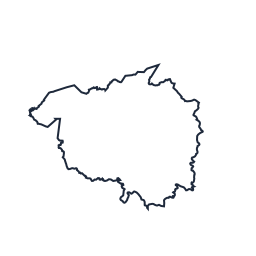 Santiago Jocotepec, Oaxaca, Mexico, rotated 127°
{"feature_id": "50627088B21737017229754", "entity_name": "Santiago Jocotepec", "entity_type": "district", "adm_level": 2, "iso_a3": "MEX", "parent_name": "Mexico", "parent_adm1": "Oaxaca", "projection": "albers", "projection_center": [-95.984, 17.649], "detail": "fine", "context": "isolated", "style": "outline", "palette": "slate", "viewbox_px": 256, "rotation_deg": 127, "n_neighbors": 0, "source": "geoboundaries", "source_scale": "gbopen_adm2", "svg_char_len": 5781}
<svg xmlns="http://www.w3.org/2000/svg" viewBox="0 0 256 256"><g transform="rotate(127 128 128)"><path d="M64.5,117.5L65.4,119.0L65.7,120.3L65.3,121.3L63.7,123.9L64.3,124.6L64.9,124.5L65.1,124.7L65.4,125.2L66.2,125.2L66.8,126.4L66.7,126.8L66.9,127.0L68.2,126.8L70.3,127.5L71.2,128.8L72.8,129.8L73.2,129.8L74.1,129.2L74.7,129.2L75.1,129.7L76.1,130.1L76.5,130.8L77.3,131.4L78.2,133.2L78.3,133.9L78.1,135.7L79.0,135.8L79.4,136.1L80.2,137.3L80.2,137.6L79.9,138.3L79.5,138.6L78.8,138.7L77.8,139.1L77.3,139.7L76.6,140.3L75.5,140.2L75.2,140.4L74.0,140.8L73.4,140.3L59.3,141.6L69.0,148.4L71.0,148.8L73.8,148.9L76.6,152.9L77.3,154.0L80.9,154.2L81.6,155.3L82.2,155.9L83.3,156.5L87.9,161.5L95.1,161.0L95.7,161.2L96.4,162.5L96.4,163.5L96.8,164.2L96.6,164.9L97.0,167.5L97.5,167.8L97.5,168.0L98.2,168.6L100.0,168.8L100.4,169.1L101.6,168.7L102.2,169.6L102.7,169.3L103.9,169.4L104.2,169.1L104.9,169.2L105.1,169.4L105.4,169.5L105.8,169.3L106.3,169.6L107.7,168.5L108.1,168.4L111.5,168.7L111.3,168.9L111.2,170.4L112.2,171.6L112.8,171.8L113.1,172.2L113.2,173.1L113.4,173.3L113.4,174.1L113.7,173.9L113.9,174.3L114.8,174.8L115.9,175.8L115.3,176.4L114.3,176.7L113.9,177.4L114.3,177.8L115.4,178.0L116.0,178.4L116.3,178.8L116.1,179.7L116.2,179.9L117.3,180.0L117.7,180.6L118.2,180.6L119.2,181.3L120.1,181.5L120.7,182.2L120.9,182.3L121.2,181.8L122.0,181.4L123.7,181.0L124.6,181.6L125.7,181.8L127.5,186.7L126.2,196.6L132.4,201.5L142.9,208.9L143.9,209.4L145.8,211.3L147.4,212.3L155.1,212.2L156.2,212.1L156.3,211.6L157.2,211.6L158.5,212.1L159.5,212.2L160.6,211.7L164.1,212.6L164.4,212.1L164.6,212.0L167.0,212.7L167.8,212.5L168.4,213.6L168.3,214.1L169.9,214.4L169.4,214.9L170.0,214.9L170.1,215.2L169.5,215.6L169.6,216.3L169.9,216.5L170.5,215.5L171.4,215.0L172.4,215.3L171.9,217.2L173.2,217.3L173.8,216.3L174.8,215.4L175.0,214.7L176.0,214.4L175.8,213.5L176.3,212.9L177.1,213.6L177.1,212.6L176.4,211.0L177.0,209.4L177.8,208.0L177.4,206.4L177.6,205.5L177.6,204.4L178.9,202.7L178.4,202.3L178.4,201.8L177.3,199.5L176.2,194.6L175.5,192.8L164.5,190.5L164.3,191.5L161.5,187.8L178.5,178.1L179.2,175.8L179.1,175.0L177.5,172.6L178.3,171.7L179.1,171.4L180.1,172.6L180.5,172.5L181.7,171.6L182.2,171.6L182.9,172.8L183.6,173.0L184.1,172.4L185.3,171.7L185.6,171.2L184.7,169.8L185.1,167.7L185.7,167.0L186.0,166.9L186.1,166.5L185.5,165.6L185.7,164.8L186.7,164.0L188.8,162.8L189.3,162.5L190.6,162.5L191.2,159.6L192.7,157.7L192.9,157.2L193.4,156.7L193.8,155.9L195.3,154.1L196.6,151.9L196.5,151.3L196.7,150.8L195.7,149.7L193.9,148.6L193.4,148.0L192.8,146.4L192.3,145.8L191.6,145.5L191.2,144.9L191.3,144.4L191.6,143.8L192.3,143.4L192.4,141.3L192.8,140.3L193.2,139.9L193.0,139.6L192.4,139.2L192.7,138.2L191.8,137.5L192.3,133.4L191.8,133.1L192.1,132.0L193.0,131.7L192.5,130.0L191.2,128.2L191.0,127.4L192.0,125.1L191.4,124.2L190.2,123.8L189.3,123.7L188.5,122.4L186.0,121.8L185.4,120.7L185.5,120.3L186.0,120.3L186.3,119.7L186.1,119.1L185.8,118.8L185.5,118.8L184.9,118.2L184.0,118.1L184.3,117.6L184.2,117.5L184.5,117.4L184.3,116.6L184.7,116.5L184.7,116.0L184.5,115.1L184.1,114.4L182.6,113.2L180.4,112.4L179.4,110.7L179.2,107.9L176.9,105.8L175.9,105.5L174.6,106.2L173.9,105.7L174.0,104.0L174.3,102.9L175.3,103.8L175.4,104.4L176.1,104.5L177.0,103.6L176.7,99.5L176.0,99.4L176.0,99.0L176.9,98.5L176.3,97.7L176.1,97.7L176.3,97.4L176.7,97.5L177.9,98.1L178.2,98.1L178.8,97.4L179.3,96.2L178.9,94.9L178.9,93.9L180.6,93.7L184.6,91.3L185.5,91.4L187.6,92.0L188.8,91.7L189.4,91.3L189.8,90.4L189.8,90.0L189.6,88.2L190.1,86.9L190.0,86.3L189.7,85.7L188.2,85.3L185.9,85.4L184.5,86.0L183.2,86.1L181.9,86.7L181.1,86.9L180.5,89.0L179.8,89.4L179.3,89.2L178.6,88.3L178.5,86.0L178.3,85.6L176.9,85.2L175.4,85.1L174.8,84.6L174.4,82.9L174.3,82.2L174.6,79.9L175.6,76.2L177.0,74.2L176.2,72.3L176.2,71.7L176.8,70.5L177.6,69.7L179.0,68.7L179.6,68.1L179.5,67.6L179.2,67.2L179.1,66.1L179.4,65.5L180.3,64.6L180.5,63.6L178.5,65.2L177.9,65.3L176.4,65.2L173.9,62.9L173.3,61.8L173.3,60.8L172.8,58.9L172.4,58.1L170.7,57.0L170.3,54.6L168.9,52.1L166.1,53.9L164.1,55.7L163.5,55.8L162.4,55.7L160.8,55.1L160.1,54.7L159.3,53.5L158.7,53.6L158.1,53.6L157.6,53.2L157.2,51.3L156.6,50.0L156.2,49.8L155.8,49.9L155.7,51.0L155.4,51.2L154.5,50.1L153.4,50.2L152.5,50.9L152.2,52.5L152.3,53.2L151.9,53.2L150.6,52.3L149.1,52.8L148.8,53.3L148.5,53.4L148.0,53.3L146.6,52.3L146.0,52.2L145.6,52.6L145.3,53.4L144.5,54.0L144.9,55.4L144.4,55.8L143.8,55.5L143.2,54.3L142.9,51.0L141.8,47.8L142.1,46.0L142.8,44.2L142.3,43.5L140.1,42.6L139.3,41.3L139.2,39.3L138.8,38.8L138.4,38.7L138.1,38.8L137.2,39.7L137.1,41.2L136.8,41.3L136.2,41.0L135.0,40.1L135.1,41.0L134.6,41.4L134.7,43.2L134.2,43.5L133.8,44.2L133.3,44.3L133.3,44.0L133.7,43.8L133.2,43.5L131.2,43.2L128.5,44.6L127.9,45.3L125.7,46.8L125.2,46.7L124.7,47.2L124.2,47.4L123.6,48.3L123.0,50.5L123.3,50.9L123.5,51.8L122.6,52.6L121.7,53.0L121.1,52.7L119.5,52.8L119.2,53.5L119.5,54.8L119.6,55.6L119.5,56.1L119.0,56.9L118.6,57.0L117.8,56.8L117.0,55.6L116.1,54.9L115.4,54.9L115.4,55.1L115.1,55.1L115.2,55.6L115.0,56.0L114.6,58.1L114.1,58.6L113.7,58.9L113.0,59.0L111.9,58.1L110.2,57.4L108.2,57.6L107.7,58.0L107.1,57.7L106.0,57.6L105.1,58.2L103.9,59.9L102.5,60.9L101.3,61.1L100.6,61.6L99.0,61.0L98.3,61.0L98.0,61.2L97.5,61.9L97.5,63.7L97.0,64.4L96.0,65.7L92.8,67.9L91.3,68.0L90.5,67.9L88.4,67.3L86.2,66.1L85.8,66.2L85.6,66.5L85.5,67.8L85.7,68.3L84.9,69.7L84.4,71.6L83.6,72.4L82.7,72.5L81.6,73.0L80.8,73.5L80.2,74.3L79.9,75.6L80.1,78.0L79.5,77.7L78.2,79.9L78.0,80.8L78.4,83.3L78.0,83.7L75.9,84.1L74.4,84.6L72.7,84.0L70.5,83.6L69.4,83.8L69.0,84.6L68.4,85.1L67.6,85.6L67.0,85.8L66.1,86.3L65.4,86.5L65.6,86.8L65.1,87.0L65.1,90.5L65.2,91.2L65.6,92.3L67.6,93.3L68.9,94.4L71.2,96.9L71.7,98.3L72.2,98.7L71.7,99.6L71.5,100.7L71.9,103.1L71.7,103.7L70.8,103.9L69.9,107.9L69.8,109.3L69.1,111.1L68.6,116.0L64.5,117.5Z" fill="none" stroke="#1e293b" stroke-width="2"/></g></svg>